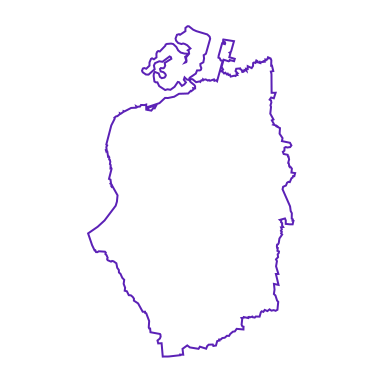 Kota Denpasar, Bali, Indonesia (orthographic projection), rotated 182°
{"feature_id": "22746128B89164850776530", "entity_name": "Kota Denpasar", "entity_type": "district", "adm_level": 2, "iso_a3": "IDN", "parent_name": "Indonesia", "parent_adm1": "Bali", "projection": "orthographic", "projection_center": [115.218, -8.672], "detail": "fine", "context": "isolated", "style": "outline", "palette": "violet", "viewbox_px": 384, "rotation_deg": 182, "n_neighbors": 0, "source": "geoboundaries", "source_scale": "gbopen_adm2", "svg_char_len": 6041}
<svg xmlns="http://www.w3.org/2000/svg" viewBox="0 0 384 384"><g transform="rotate(182 192 192)"><path d="M117.3,321.0L117.3,326.4L118.1,328.2L120.7,329.3L120.9,328.6L120.1,328.2L121.1,328.1L122.0,326.7L123.3,327.0L123.2,325.9L124.7,325.4L124.2,324.7L128.0,324.1L128.1,323.2L128.9,323.4L129.1,324.4L130.2,323.8L131.7,324.1L131.4,325.2L132.3,325.7L133.1,323.2L134.5,323.6L135.4,323.0L135.4,320.1L136.7,317.9L140.7,319.7L140.6,316.9L142.3,317.1L141.8,315.1L142.8,316.0L143.0,315.5L143.9,315.7L144.0,314.8L145.2,314.7L145.0,313.9L145.9,313.7L146.7,315.8L148.0,316.4L148.2,317.2L152.1,316.7L152.7,314.4L150.6,312.3L151.5,312.0L150.8,310.5L151.8,310.5L152.5,309.4L153.8,309.7L157.4,308.7L158.3,310.6L159.6,310.2L160.4,311.5L161.3,310.8L162.9,312.4L164.1,311.6L165.7,313.4L167.1,313.6L165.2,315.4L166.8,318.1L165.0,325.3L159.9,323.9L159.0,324.4L158.9,325.2L154.5,324.2L153.9,326.6L159.4,328.0L158.5,331.9L159.3,332.6L158.1,333.3L157.7,334.4L155.3,344.2L166.8,345.6L166.0,345.1L166.2,343.1L164.5,343.0L164.0,341.9L164.3,340.9L167.1,341.6L170.1,329.2L170.3,327.2L168.9,326.6L167.9,324.5L165.9,324.3L170.8,303.6L171.8,304.5L173.5,303.9L174.0,305.3L177.9,303.8L178.9,304.5L180.0,303.9L182.2,305.0L184.3,304.5L184.9,305.0L185.1,303.9L186.5,304.0L187.6,302.3L188.3,302.8L191.7,301.9L195.4,304.7L196.8,304.8L197.9,303.7L198.9,304.5L198.3,306.1L192.3,310.5L191.2,313.7L188.4,313.8L187.3,314.6L187.0,316.2L188.0,318.4L188.1,320.3L185.2,322.0L184.6,325.8L185.1,329.1L182.9,330.7L179.2,345.8L179.8,347.9L182.2,350.0L193.2,352.9L196.4,354.2L200.9,357.5L202.3,357.5L204.3,355.7L204.2,352.5L209.5,348.7L210.4,349.3L212.5,348.6L213.8,344.8L213.2,342.7L211.0,340.4L207.6,339.5L206.1,340.1L204.4,339.7L201.9,338.5L198.6,335.4L201.1,333.5L200.2,332.9L199.7,330.1L202.7,326.2L202.0,322.8L202.3,321.6L203.7,321.0L202.3,323.0L203.6,326.8L200.5,329.3L200.7,330.0L204.5,330.1L208.2,331.0L210.8,333.1L212.7,336.4L215.9,339.2L218.0,339.6L222.3,339.1L223.5,338.4L223.8,337.2L229.1,331.3L230.7,331.7L231.8,330.7L232.4,328.9L232.2,325.3L234.7,323.3L236.6,324.2L237.6,323.6L239.0,320.0L238.9,316.8L242.0,313.6L244.1,314.2L245.4,313.7L246.2,311.4L245.4,309.9L242.1,307.8L239.5,307.8L233.6,313.4L234.5,317.1L233.4,319.5L229.3,321.5L226.1,321.1L219.1,326.7L217.8,326.0L217.3,324.4L223.8,320.0L223.2,317.4L224.1,315.2L225.1,314.6L227.4,314.8L228.3,313.8L227.5,311.4L224.7,310.8L222.9,309.2L222.2,307.8L222.7,306.4L223.5,305.4L226.2,304.7L228.0,305.9L229.4,309.3L233.3,310.7L234.2,309.2L234.4,306.7L233.4,301.1L231.9,300.3L230.4,300.4L228.5,296.7L222.4,293.0L220.0,293.8L217.1,293.4L213.1,296.5L210.0,301.5L208.8,301.3L205.8,297.7L203.5,299.2L201.9,301.3L204.1,303.9L203.4,306.3L201.2,304.3L198.7,303.8L197.3,301.9L193.4,299.0L192.6,297.8L192.5,295.7L194.4,295.8L194.0,294.6L196.3,292.7L196.8,293.0L199.3,290.3L208.4,289.7L213.1,286.6L219.3,285.1L222.2,285.1L227.6,279.7L240.3,275.0L239.2,273.1L238.0,275.0L230.6,277.6L232.2,274.3L233.5,274.6L235.5,271.9L240.6,272.7L240.8,277.8L242.5,277.2L246.0,277.2L246.9,275.6L249.8,275.2L250.7,275.7L250.3,274.6L250.9,274.3L255.7,273.9L262.3,270.2L263.2,270.5L263.2,269.8L265.0,268.4L266.0,267.7L266.8,268.1L266.7,267.4L269.2,265.2L270.4,265.0L272.2,263.5L271.8,262.6L275.0,255.7L279.3,236.4L278.4,235.7L279.2,233.9L278.8,231.4L279.6,231.0L279.2,229.9L278.9,230.4L278.1,229.7L277.1,224.4L276.5,224.7L275.9,223.8L275.9,221.6L275.2,221.2L274.7,219.3L275.0,217.0L274.2,216.1L274.3,213.0L273.6,213.3L273.2,212.4L275.4,202.2L273.9,201.5L273.3,198.1L273.8,197.5L272.5,196.6L272.0,195.3L272.8,195.0L272.3,194.3L271.6,194.8L266.3,186.1L266.7,179.7L267.8,175.6L278.4,160.5L285.0,154.0L294.4,147.0L290.0,135.4L287.3,130.2L286.6,130.4L285.8,128.6L284.4,128.6L283.1,129.5L276.9,129.3L276.0,128.3L276.4,127.0L275.2,125.9L274.0,123.3L274.5,122.0L273.9,120.9L270.5,119.6L269.5,120.3L268.0,120.0L265.1,118.1L264.1,113.7L262.4,111.5L262.2,109.0L260.6,107.7L258.7,103.8L256.7,101.9L257.1,97.8L255.5,94.0L255.8,91.0L253.6,90.5L251.6,86.7L249.5,86.6L247.6,85.1L246.3,83.4L246.3,81.4L242.0,78.8L237.1,70.6L234.8,70.7L234.7,69.6L233.5,69.2L230.3,61.5L230.5,55.2L230.0,54.1L229.1,54.1L228.6,50.4L219.1,49.0L218.6,48.4L218.3,46.4L219.0,44.4L221.3,42.4L220.5,39.5L217.1,39.8L215.5,26.5L209.4,26.8L198.0,28.5L198.1,29.1L195.1,29.1L196.0,34.9L191.4,38.5L188.7,36.6L180.0,35.5L178.7,37.7L172.4,35.9L171.4,38.6L170.0,40.0L165.9,40.3L165.3,38.9L162.7,39.4L161.6,43.9L159.4,44.5L159.7,45.5L158.0,45.7L156.6,47.1L154.2,47.5L152.1,49.5L149.9,49.5L148.9,51.4L146.3,53.8L144.3,54.2L142.6,56.8L135.8,56.4L135.8,59.2L137.0,59.5L137.8,61.1L137.4,66.7L138.1,67.8L135.9,68.2L135.8,68.8L131.5,68.0L131.3,69.0L130.6,69.2L129.9,68.7L127.3,69.6L127.0,69.0L124.9,68.7L123.9,69.8L120.1,69.8L119.0,74.2L118.2,75.2L116.5,74.7L115.2,76.7L112.5,75.6L110.4,77.4L108.5,76.2L106.2,76.8L104.3,76.2L102.5,77.3L102.0,85.2L103.2,86.5L105.0,91.5L106.6,92.9L106.1,97.4L106.9,103.0L102.3,102.2L105.3,113.0L102.8,113.1L105.4,120.7L104.7,125.9L105.7,127.6L103.7,129.9L104.2,132.7L103.2,134.0L103.0,135.6L104.6,136.2L104.3,139.0L105.0,139.1L105.3,140.9L105.1,142.4L104.2,142.7L103.5,144.1L103.0,148.6L100.4,152.7L101.5,153.8L100.8,155.2L101.8,156.3L100.9,157.8L101.8,159.8L99.7,160.2L100.8,161.7L100.8,164.0L101.9,164.9L101.8,166.1L103.2,167.2L98.2,168.8L97.3,166.9L97.2,163.4L93.1,163.1L90.3,163.2L89.6,166.7L90.6,166.9L90.3,168.2L91.4,168.9L91.5,174.3L92.7,176.4L93.5,181.1L101.6,197.9L101.1,200.4L98.3,201.8L97.3,204.6L96.0,205.5L94.6,205.3L93.1,209.2L92.0,209.9L91.5,211.5L90.3,211.4L89.6,214.5L93.3,214.9L93.0,218.8L94.0,220.1L94.9,220.1L95.0,220.9L95.7,221.0L96.3,224.1L96.9,224.4L96.1,227.9L96.8,230.8L97.3,230.8L97.7,232.5L101.7,233.2L102.6,235.3L101.1,236.5L101.1,239.5L99.8,240.2L98.3,239.8L95.5,240.3L94.3,242.0L95.8,244.6L103.9,246.0L103.4,249.0L106.5,253.3L106.3,258.9L109.4,260.3L109.0,260.6L110.0,261.3L113.0,262.1L112.4,262.6L114.7,266.4L113.1,267.3L116.5,273.0L116.0,279.8L116.6,281.4L115.8,284.1L116.2,286.2L117.6,287.0L116.2,289.2L113.5,288.5L111.9,294.1L115.9,293.9L116.7,312.7L117.4,315.1L115.0,315.7L116.5,321.1L117.3,321.0Z" fill="none" stroke="#5b21b6" stroke-width="2"/></g></svg>